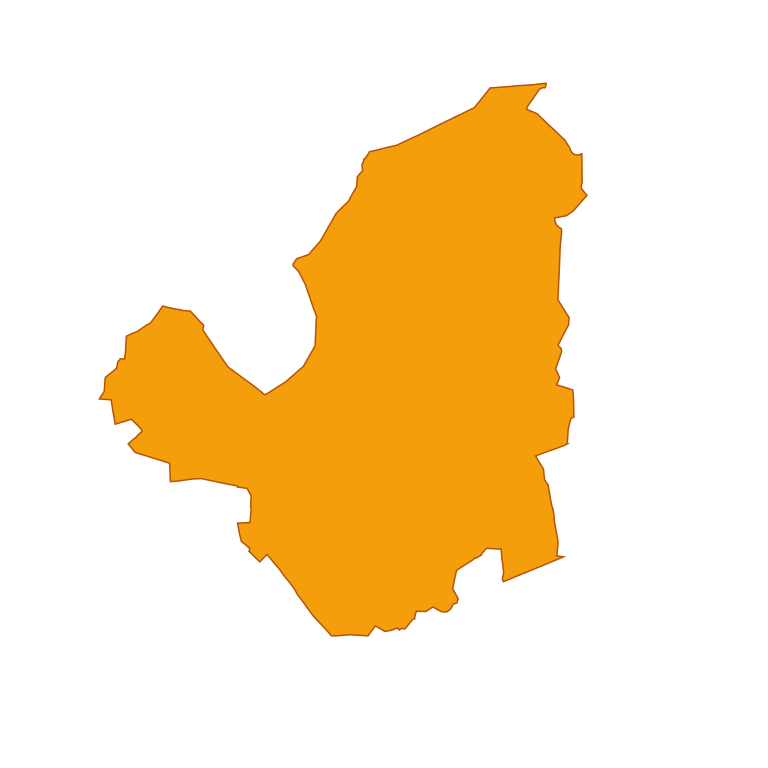 the district of Mārsnēnu pag., Priekulu, Latvia, rotated 338°
{"feature_id": "27541924B8577335378902", "entity_name": "Mārsnēnu pag.", "entity_type": "district", "adm_level": 2, "iso_a3": "LVA", "parent_name": "Latvia", "parent_adm1": "Priekulu", "projection": "albers", "projection_center": [25.58, 57.424], "detail": "fine", "context": "isolated", "style": "filled", "palette": "amber", "viewbox_px": 768, "rotation_deg": 338, "n_neighbors": 0, "source": "geoboundaries", "source_scale": "gbopen_adm2", "svg_char_len": 6087}
<svg xmlns="http://www.w3.org/2000/svg" viewBox="0 0 768 768"><g transform="rotate(338 384 384)"><path d="M449.4,167.9L449.4,168.2L449.1,168.9L448.7,169.4L446.6,171.5L446.2,171.8L445.8,172.3L445.4,173.3L444.4,177.3L444.3,178.0L444.1,178.3L440.1,180.1L436.7,182.1L435.6,184.6L432.7,190.6L423.6,197.7L422.8,198.5L421.3,199.8L419.6,201.1L418.9,201.5L416.8,202.3L405.3,207.1L403.5,207.9L402.2,208.9L397.6,212.7L391.7,217.2L389.7,218.8L386.0,221.8L381.6,225.2L379.6,226.8L378.9,227.3L378.7,227.5L377.6,228.2L372.2,230.8L366.2,233.8L362.9,235.7L358.1,235.6L353.8,235.3L352.6,235.3L350.3,235.1L349.5,235.4L345.6,238.2L345.1,238.4L344.6,238.8L344.2,239.5L344.1,240.5L344.3,241.3L344.9,242.5L347.1,248.0L348.3,262.1L348.2,265.3L347.0,286.6L346.9,293.6L346.8,296.1L344.7,300.1L342.9,304.2L341.1,308.2L335.1,321.3L334.7,322.3L334.4,322.8L334.0,323.1L316.8,336.7L316.7,336.9L316.5,337.0L316.3,337.2L315.1,337.7L312.1,338.7L295.2,344.6L293.9,345.2L285.2,346.6L280.2,347.6L272.2,349.1L269.1,349.2L266.9,344.5L264.7,340.8L260.0,332.9L258.8,331.0L257.0,328.1L250.5,317.6L245.6,309.4L241.9,292.5L241.3,289.9L239.7,282.2L238.2,275.4L236.4,266.4L236.4,266.0L236.5,265.5L237.0,264.8L238.6,262.5L238.7,261.5L238.4,260.7L238.1,260.0L236.8,257.1L234.2,250.2L231.8,243.9L231.7,243.9L229.1,242.4L225.1,240.6L223.4,239.1L221.8,238.2L220.8,237.7L217.6,235.7L211.9,231.7L208.5,229.1L208.1,228.8L207.9,229.0L207.5,229.2L202.3,232.5L198.6,234.9L191.1,239.5L189.9,239.9L190.0,240.0L187.7,240.4L187.4,240.1L174.6,242.9L170.6,242.8L163.0,243.2L159.8,250.0L159.1,251.4L156.6,256.9L153.4,262.6L152.9,263.6L149.2,262.0L149.3,262.2L145.6,263.6L142.0,269.2L139.0,270.2L133.3,271.9L128.4,273.4L128.1,273.6L127.5,274.4L122.1,285.4L121.9,285.9L121.4,286.3L119.3,287.8L114.4,291.2L123.4,295.6L124.9,296.3L125.1,296.4L124.2,300.3L123.1,304.9L119.7,320.6L136.5,322.0L140.7,331.5L141.3,333.8L141.6,334.0L142.0,334.2L142.0,335.0L141.8,335.5L141.8,336.5L142.0,337.1L141.7,337.3L139.1,338.4L138.3,338.5L135.9,339.6L135.6,339.7L134.7,340.3L133.0,340.9L131.5,341.2L124.4,343.7L126.7,351.2L127.6,354.2L141.2,365.3L155.5,377.1L155.2,378.1L152.7,385.2L149.9,392.8L149.5,394.5L151.4,395.2L152.5,395.5L153.9,395.9L158.7,397.4L168.1,399.6L173.4,401.1L173.6,401.2L179.4,403.4L199.9,417.2L209.6,423.4L210.0,423.6L209.5,424.7L217.9,429.4L218.8,436.3L218.6,438.8L214.4,447.6L214.2,448.0L214.5,449.1L213.7,450.7L207.8,462.3L196.1,458.1L194.4,466.2L194.3,466.6L192.8,476.0L192.8,476.4L198.0,486.2L196.8,488.0L196.6,488.2L196.1,488.4L196.2,488.7L196.7,489.7L198.5,494.0L200.5,498.6L201.5,500.6L201.8,501.5L202.2,502.4L211.7,498.3L216.0,511.6L217.6,516.2L219.5,524.4L219.7,525.0L221.8,531.6L223.2,536.8L224.1,540.3L224.9,546.8L228.1,558.6L228.4,560.2L231.6,572.9L237.5,588.0L240.9,597.7L244.0,599.1L244.4,599.3L258.9,603.9L268.8,608.6L274.7,611.5L285.5,605.1L290.3,611.4L292.1,613.7L298.4,615.1L304.5,615.2L304.9,615.2L306.2,617.9L308.0,617.0L311.4,618.8L312.4,618.6L322.7,612.8L324.5,613.3L325.8,610.5L328.9,606.9L337.6,610.6L345.3,609.1L345.8,609.1L350.6,615.0L352.8,617.3L353.0,617.3L354.2,617.8L356.9,618.8L357.0,618.8L361.6,617.6L365.6,614.1L369.5,614.3L370.0,613.7L371.0,612.5L371.5,611.9L372.2,611.1L372.3,610.9L371.6,604.4L370.9,600.0L371.0,599.6L378.3,588.5L378.9,587.6L379.0,587.6L381.3,584.1L384.3,583.4L384.5,583.3L386.3,583.0L391.5,582.0L399.2,580.6L401.2,580.1L403.6,579.4L404.2,579.9L406.9,579.5L410.3,579.1L410.4,578.8L410.6,578.2L417.4,574.7L429.1,580.3L429.7,580.6L430.6,580.5L430.6,581.4L430.4,582.1L430.1,583.3L429.7,584.6L429.2,586.0L428.9,586.9L428.6,587.8L428.4,588.5L428.2,589.1L428.0,589.6L427.8,590.3L427.7,590.7L427.5,591.1L427.4,591.8L427.2,592.5L427.1,593.2L426.9,594.0L426.8,594.5L426.2,596.9L425.5,599.2L424.9,601.8L424.3,603.5L423.5,604.9L421.2,608.3L420.6,609.6L420.6,612.0L436.2,611.9L456.3,611.8L468.8,611.7L485.7,611.5L483.7,610.3L479.8,608.2L480.5,606.9L481.9,604.2L485.8,596.6L486.9,593.1L487.0,592.3L490.9,573.3L491.6,571.8L492.5,569.1L493.8,563.5L493.9,561.8L493.9,559.8L494.8,555.2L495.2,553.5L496.8,546.2L497.9,541.1L498.3,539.1L498.3,538.8L497.1,533.0L497.1,532.7L497.2,532.4L497.3,531.9L499.2,525.2L499.7,523.8L499.8,523.4L499.9,523.0L499.9,522.6L499.9,522.2L498.0,510.8L497.7,508.3L497.6,507.6L499.2,507.6L500.2,507.6L502.9,507.6L514.4,508.0L520.0,508.3L527.2,508.5L531.8,508.1L532.3,508.1L532.0,507.7L531.8,507.4L534.5,502.0L537.7,495.1L541.0,490.5L544.3,486.1L547.8,485.7L548.7,483.1L552.7,472.6L555.2,465.7L556.8,460.2L549.5,454.1L544.1,449.7L543.8,449.4L547.3,445.9L549.2,444.0L549.0,437.7L548.8,434.2L549.0,434.1L561.0,420.4L561.5,416.9L560.6,415.3L559.8,413.3L560.1,413.0L573.1,401.8L573.9,401.2L577.2,398.5L580.5,391.9L578.1,378.5L576.8,370.8L577.3,369.9L577.5,369.5L578.5,367.4L579.3,365.5L580.5,363.0L584.1,355.1L585.6,351.9L587.3,348.1L587.9,347.0L588.5,345.4L590.3,341.7L591.6,338.7L595.4,330.3L598.0,324.4L599.9,320.6L605.3,310.1L606.7,306.8L606.5,306.5L604.6,303.4L604.5,303.2L603.7,301.8L603.7,301.3L603.4,299.3L603.6,297.3L603.7,296.3L604.4,293.9L607.6,294.6L616.0,296.3L624.4,294.4L630.6,291.3L634.6,289.2L642.9,285.2L640.2,276.8L641.3,273.9L643.4,271.0L653.6,244.6L653.3,244.6L650.9,244.5L649.9,244.4L649.1,244.3L645.9,242.0L645.6,241.1L644.6,238.9L644.6,234.2L644.4,233.2L644.1,231.7L643.1,225.7L642.8,224.8L641.7,222.7L641.5,222.3L636.1,210.3L634.9,207.9L632.8,203.5L632.0,201.5L630.7,198.5L628.5,193.9L627.7,191.9L627.0,190.7L625.3,188.8L619.0,182.6L621.3,180.2L632.8,172.7L637.8,169.3L639.7,168.9L640.8,168.8L641.3,168.7L642.4,168.8L642.9,169.0L643.6,169.6L644.1,169.6L644.9,169.1L645.3,168.7L645.6,168.2L646.6,166.8L646.9,165.9L643.2,164.7L634.0,162.3L628.5,160.5L621.2,158.0L616.8,156.6L613.1,155.6L593.0,149.2L592.7,149.6L582.3,155.5L580.0,156.8L577.0,158.4L571.2,161.6L570.9,161.7L564.5,162.1L563.2,162.2L553.1,162.9L552.9,162.9L551.7,163.0L550.4,163.0L544.3,163.5L540.2,163.7L528.3,164.6L525.6,164.8L521.2,165.2L514.5,165.7L511.2,166.0L504.9,166.3L487.4,167.2L486.4,167.4L485.4,167.3L484.8,167.3L478.7,166.4L476.5,165.9L476.1,165.9L472.0,165.3L468.4,164.9L464.3,164.3L457.4,163.2L457.1,163.7L451.2,167.8L449.4,167.9Z" fill="#f59e0b" stroke="#b45309" stroke-width="1.5"/></g></svg>